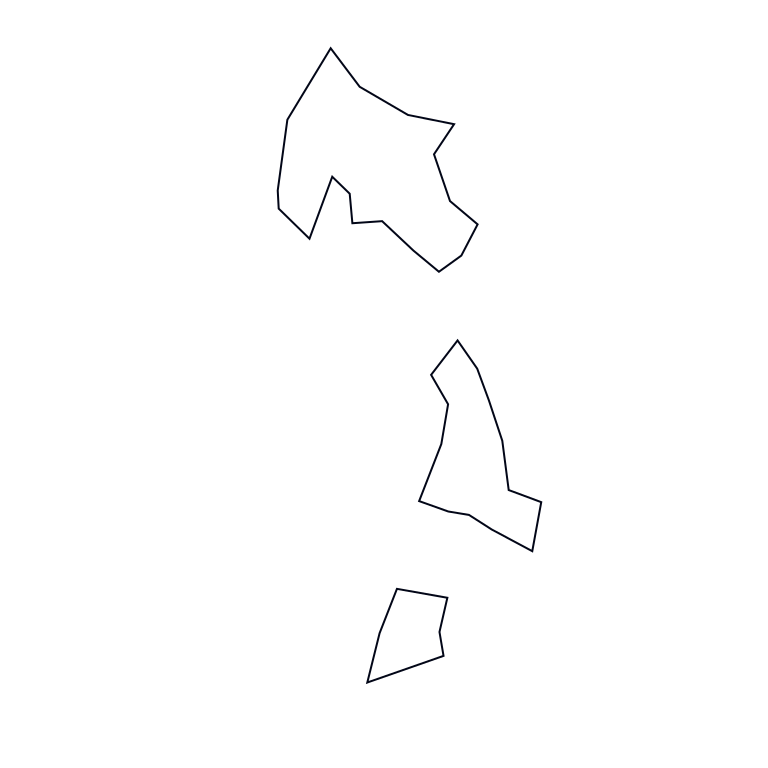 SVG path tracing the border of Schaan, rotated 28°
{"feature_id": "LIE-4896", "entity_name": "Schaan", "entity_type": "state/province", "adm_level": 1, "iso_a3": "LIE", "parent_name": "Liechtenstein", "parent_adm1": "", "projection": "robinson", "projection_center": [9.557, 47.13], "detail": "fine", "context": "isolated", "style": "outline", "palette": "ink", "viewbox_px": 768, "rotation_deg": 28, "n_neighbors": 0, "source": "natural_earth", "source_scale": "10m", "svg_char_len": 659}
<svg xmlns="http://www.w3.org/2000/svg" viewBox="0 0 768 768"><g transform="rotate(28 384 384)"><path d="M391.7,199.1L392.0,234.3L379.8,259.1L347.4,252.4L305.9,241.1L280.6,256.9L264.4,232.1L241.0,225.3L250.0,290.7L208.7,278.6L199.3,263.0L174.6,196.0L179.3,112.6L223.0,133.0L278.9,135.2L323.9,121.7L320.3,157.7L356.4,191.5L391.7,199.1ZM578.3,414.5L593.4,462.0L547.5,461.9L520.5,459.7L500.6,466.4L470.0,470.9L462.8,410.1L450.1,371.8L421.3,353.8L428.5,311.0L459.1,326.7L484.4,349.3L515.1,378.6L543.9,419.1L578.3,414.5ZM564.2,596.1L509.4,655.4L497.1,606.1L491.6,558.8L540.3,543.0L549.4,576.9L564.2,596.1Z" fill="none" stroke="#020617" stroke-width="2"/></g></svg>